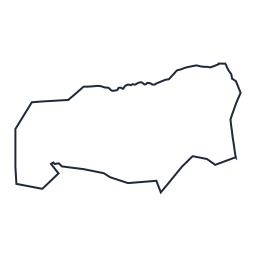 outline of Xan-Uul, Ulaanbaatar, Mongolia
{"feature_id": "93677404B94490169269592", "entity_name": "Xan-Uul", "entity_type": "district", "adm_level": 2, "iso_a3": "MNG", "parent_name": "Mongolia", "parent_adm1": "Ulaanbaatar", "projection": "natural_earth1", "projection_center": [106.789, 47.807], "detail": "fine", "context": "isolated", "style": "outline", "palette": "slate", "viewbox_px": 256, "rotation_deg": 0, "n_neighbors": 0, "source": "geoboundaries", "source_scale": "gbopen_adm2", "svg_char_len": 2374}
<svg xmlns="http://www.w3.org/2000/svg" viewBox="0 0 256 256"><path d="M110.4,177.4L110.6,177.4L127.7,183.0L127.9,183.1L156.4,180.8L157.6,184.1L158.0,185.0L160.8,192.4L168.2,183.5L168.6,183.0L177.5,172.1L182.1,166.5L192.6,156.2L193.0,156.3L195.3,156.7L206.9,159.0L207.1,159.1L208.2,159.9L211.5,162.2L214.7,164.5L215.1,164.9L217.6,163.9L221.5,162.5L235.5,157.3L235.8,157.6L235.6,156.3L235.4,155.3L235.1,153.6L234.6,150.3L234.4,148.8L233.8,144.4L233.6,143.1L232.8,138.3L232.3,134.4L232.2,133.3L232.0,131.5L231.4,127.4L230.8,122.7L230.5,119.5L231.0,117.9L231.8,115.5L233.0,112.0L234.3,108.4L235.9,103.8L236.2,103.0L236.8,101.7L238.1,98.5L238.8,97.0L240.5,93.2L240.6,92.8L240.0,91.3L238.9,88.5L237.6,85.4L236.8,83.4L236.0,81.3L233.4,79.5L232.1,78.7L231.9,77.4L231.5,75.5L231.3,74.3L230.8,73.5L229.2,71.3L228.4,70.1L228.0,69.3L226.8,67.1L226.5,66.3L226.3,65.3L226.1,65.1L225.7,64.4L225.4,64.0L225.3,63.7L225.2,63.7L221.4,63.6L219.4,63.6L218.6,63.6L218.5,64.3L216.5,65.1L212.8,66.5L210.7,67.3L210.4,67.4L207.7,66.9L205.1,66.8L204.4,66.9L202.4,66.6L200.2,66.3L199.5,66.1L196.4,65.4L193.7,65.9L190.0,66.6L186.9,67.3L185.3,67.7L181.1,69.3L180.1,69.6L177.5,70.2L176.7,70.7L175.6,71.8L174.9,72.7L171.3,76.6L169.1,79.0L168.7,79.3L166.3,79.6L165.4,79.8L165.1,79.9L162.9,80.8L158.9,82.4L156.3,83.5L154.9,84.5L154.0,84.5L153.3,84.6L152.3,84.6L150.6,83.4L149.1,83.0L148.5,83.0L147.6,82.9L147.1,83.0L145.9,84.2L145.1,84.4L144.3,84.4L143.4,83.6L142.6,83.0L141.7,82.3L140.6,82.3L138.9,82.6L137.2,83.4L135.5,84.5L134.8,84.6L134.1,84.5L133.2,84.2L132.6,84.2L131.8,84.7L130.7,85.1L129.0,84.7L127.9,84.7L126.8,84.9L126.4,85.4L125.6,85.6L124.9,86.2L124.0,87.5L123.3,88.7L122.7,88.8L122.2,88.3L121.1,87.9L120.1,87.6L118.7,87.9L118.3,88.2L117.7,89.5L117.1,90.1L116.0,90.4L114.8,90.6L112.3,90.8L111.1,90.2L110.0,89.2L109.2,88.3L108.0,87.7L106.5,87.6L105.2,87.5L103.8,87.2L102.1,86.5L101.7,86.4L99.3,86.0L96.4,85.9L95.4,86.1L93.1,86.3L89.7,86.5L87.5,86.7L84.6,86.6L83.3,86.9L81.8,88.2L77.2,92.3L74.2,94.9L69.7,98.6L68.2,100.0L65.5,100.1L55.3,100.7L44.9,101.3L38.9,101.7L31.8,102.3L15.4,129.0L15.4,166.7L16.4,183.9L42.3,188.8L45.2,186.1L58.5,173.4L58.3,173.2L58.1,172.9L53.6,167.2L51.2,164.2L51.0,163.9L52.7,162.9L53.2,162.5L54.7,164.0L56.0,163.8L56.6,163.7L57.4,163.5L58.7,163.3L60.6,165.1L61.9,166.4L71.2,167.6L83.4,169.1L103.8,173.2L110.4,177.4Z" fill="none" stroke="#1e293b" stroke-width="2"/></svg>